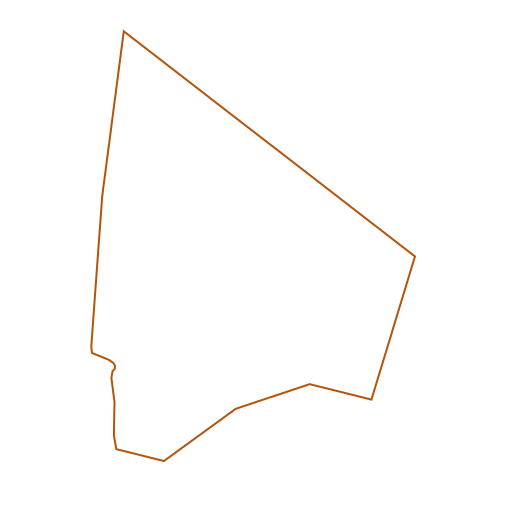 the district of Al Maslub, Al Jawf, Yemen, rotated 275°
{"feature_id": "15242507B10963365532335", "entity_name": "Al Maslub", "entity_type": "district", "adm_level": 2, "iso_a3": "YEM", "parent_name": "Yemen", "parent_adm1": "Al Jawf", "projection": "mercator", "projection_center": [44.561, 16.096], "detail": "fine", "context": "isolated", "style": "outline", "palette": "amber", "viewbox_px": 512, "rotation_deg": 275, "n_neighbors": 0, "source": "geoboundaries", "source_scale": "gbopen_adm2", "svg_char_len": 750}
<svg xmlns="http://www.w3.org/2000/svg" viewBox="0 0 512 512"><g transform="rotate(275 256 256)"><path d="M123.0,383.5L192.9,398.3L193.1,398.3L269.4,414.4L289.5,383.1L290.9,381.0L296.0,373.0L298.1,369.7L300.1,366.6L364.7,266.1L373.5,252.3L393.9,220.5L397.1,215.5L408.4,197.9L415.4,187.1L421.8,177.1L432.0,161.2L460.9,116.2L468.3,104.7L409.9,102.2L386.7,101.2L357.4,100.0L344.5,99.4L335.6,99.0L325.6,98.6L310.4,97.9L301.9,97.6L291.7,97.7L289.9,97.8L259.4,98.2L231.1,98.6L151.7,99.8L145.1,101.0L139.8,118.3L136.9,123.4L134.5,125.0L131.5,125.2L128.5,123.1L126.0,122.9L121.8,122.6L98.0,127.8L88.7,128.4L64.7,130.1L51.4,133.7L43.9,181.1L43.7,182.1L102.0,249.1L111.0,269.8L133.0,320.6L123.0,383.5Z" fill="none" stroke="#b45309" stroke-width="2"/></g></svg>